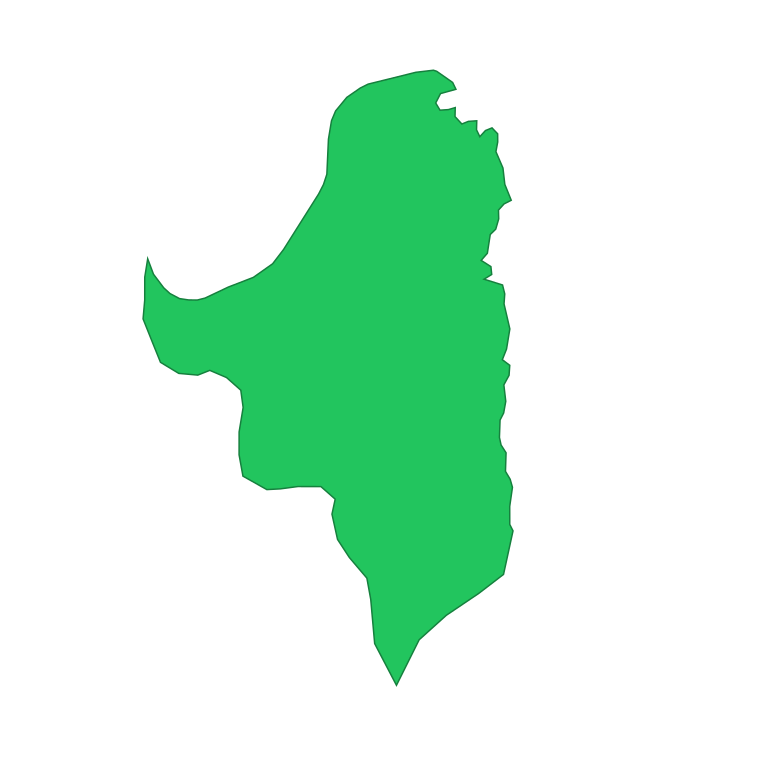 Yonsan, Hwanghae-bukto, North Korea (Robinson projection), rotated 68°
{"feature_id": "82179303B92685512874627", "entity_name": "Yonsan", "entity_type": "district", "adm_level": 2, "iso_a3": "PRK", "parent_name": "North Korea", "parent_adm1": "Hwanghae-bukto", "projection": "robinson", "projection_center": [126.278, 38.867], "detail": "fine", "context": "isolated", "style": "filled", "palette": "green", "viewbox_px": 768, "rotation_deg": 68, "n_neighbors": 0, "source": "geoboundaries", "source_scale": "gbopen_adm2", "svg_char_len": 1478}
<svg xmlns="http://www.w3.org/2000/svg" viewBox="0 0 768 768"><g transform="rotate(68 384 384)"><path d="M455.7,283.9L445.7,277.6L429.7,273.2L422.8,264.8L413.8,260.4L405.8,265.2L397.5,257.3L380.1,246.7L354.7,242.7L345.7,238.3L336.6,237.0L324.3,252.0L322.8,243.1L315.2,240.9L305.8,247.6L301.5,239.2L285.2,229.5L282.3,222.4L273.9,215.8L265.6,212.7L262.0,205.2L261.3,197.2L244.2,197.2L228.3,192.8L210.5,193.2L202.2,187.9L194.6,184.9L187.0,187.9L187.0,195.0L190.6,202.5L183.0,203.0L174.7,199.4L172.1,207.4L172.1,214.4L162.7,218.0L154.4,214.4L153.7,221.5L151.1,229.5L142.8,230.8L135.9,222.8L137.7,206.9L130.1,207.4L113.8,218.0L111.6,220.6L106.9,237.8L103.0,265.4L100.0,286.4L100.7,295.2L104.3,311.1L112.7,326.6L120.3,334.1L136.2,343.8L168.1,358.4L176.4,365.4L183.3,373.4L221.7,426.8L230.8,442.2L236.2,465.2L235.8,492.1L237.3,517.7L236.2,525.7L232.9,533.6L228.2,541.6L219.9,548.6L212.3,552.2L195.9,556.6L179.4,556.2L192.5,564.1L195.3,565.8L216.5,574.4L233.4,583.0L259.0,583.1L280.2,583.1L297.3,570.3L306.0,553.3L306.1,540.4L319.0,527.6L336.1,519.1L353.0,523.4L374.2,536.3L395.4,544.9L416.6,549.3L438.0,532.2L442.4,519.4L446.8,502.3L455.5,480.9L472.5,472.4L485.2,481.0L510.7,485.3L532.0,481.1L557.6,472.6L578.8,477.0L621.2,489.9L668.0,485.3L634.3,447.2L621.8,412.9L613.6,374.4L605.3,344.5L568.5,319.4L561.3,320.0L544.6,313.3L527.9,303.6L519.6,302.7L510.5,304.1L493.5,296.6L484.4,298.3L476.8,297.0L460.9,289.9L455.7,283.9Z" fill="#22c55e" stroke="#15803d" stroke-width="1.5"/></g></svg>